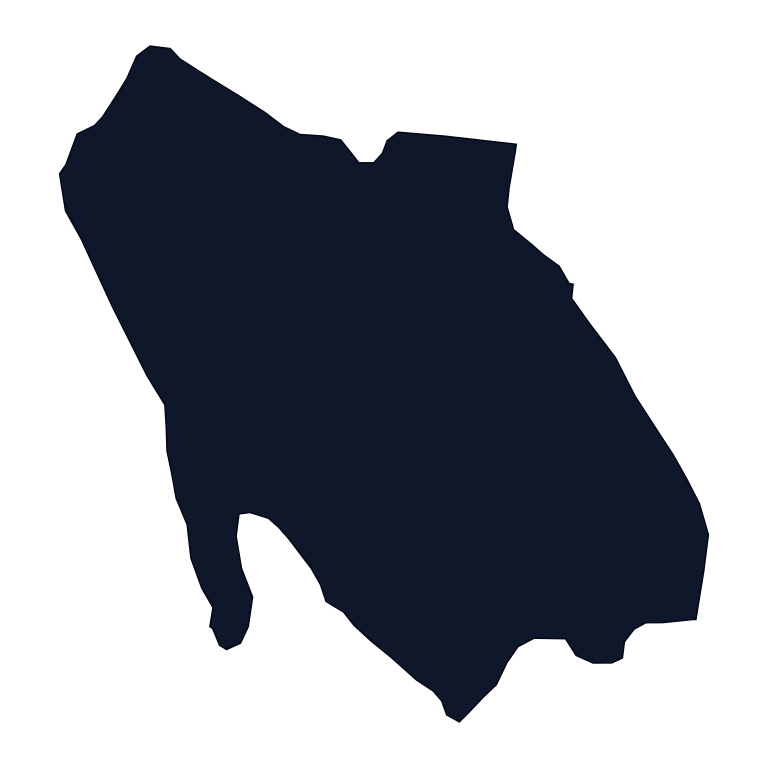 Kalix, Norrbotten, Sweden (Albers equal-area conic projection)
{"feature_id": "70781695B60696857291405", "entity_name": "Kalix", "entity_type": "district", "adm_level": 2, "iso_a3": "SWE", "parent_name": "Sweden", "parent_adm1": "Norrbotten", "projection": "albers", "projection_center": [22.934, 65.977], "detail": "fine", "context": "isolated", "style": "filled", "palette": "ink", "viewbox_px": 768, "rotation_deg": 0, "n_neighbors": 0, "source": "geoboundaries", "source_scale": "gbopen_adm2", "svg_char_len": 1376}
<svg xmlns="http://www.w3.org/2000/svg" viewBox="0 0 768 768"><path d="M516.3,144.3L444.3,136.1L398.0,132.2L387.1,140.8L382.4,153.4L373.7,162.8L358.8,162.8L347.8,148.7L340.8,140.0L323.5,136.1L300.0,134.5L283.5,126.6L264.8,112.4L239.0,95.9L213.2,80.1L196.8,69.8L179.7,58.8L170.3,48.6L150.0,46.1L136.6,56.2L127.1,78.0L117.6,93.6L102.5,117.0L94.6,125.5L77.2,134.0L66.0,164.5L60.1,173.0L59.6,173.9L65.5,210.8L81.0,238.5L112.7,307.3L146.9,375.5L164.9,404.9L166.3,427.8L167.0,450.8L171.6,473.0L176.2,498.4L187.2,524.7L190.9,558.1L201.9,588.4L213.0,607.5L209.9,626.7L212.6,628.4L219.5,645.2L226.5,649.5L240.5,643.2L248.3,626.5L252.6,597.1L241.5,568.4L236.1,536.2L239.0,513.9L250.1,512.5L268.3,518.2L278.7,527.3L289.1,539.2L311.4,568.6L320.5,584.7L326.1,601.5L333.1,605.7L343.5,612.0L354.0,625.3L371.5,641.4L390.5,656.8L416.4,679.9L433.3,691.1L441.7,700.9L446.7,714.9L459.3,721.9L468.4,712.8L483.1,697.3L496.4,684.6L506.8,662.8L517.9,646.7L534.0,638.2L565.5,638.7L576.1,655.4L593.0,663.0L611.9,662.9L622.4,657.9L624.4,641.8L634.1,629.1L645.9,622.7L662.7,622.6L692.8,619.5L695.9,619.5L703.8,570.7L708.4,534.6L699.4,503.7L686.8,479.1L672.9,454.4L661.6,437.2L635.3,396.6L615.2,357.3L589.0,322.9L571.6,298.4L573.1,284.2L569.1,283.5L559.2,266.3L543.0,254.5L532.1,244.8L513.6,229.7L507.1,207.1L509.1,187.7L515.4,151.0L516.3,144.3Z" fill="#0f172a" stroke="#020617" stroke-width="1.5"/></svg>